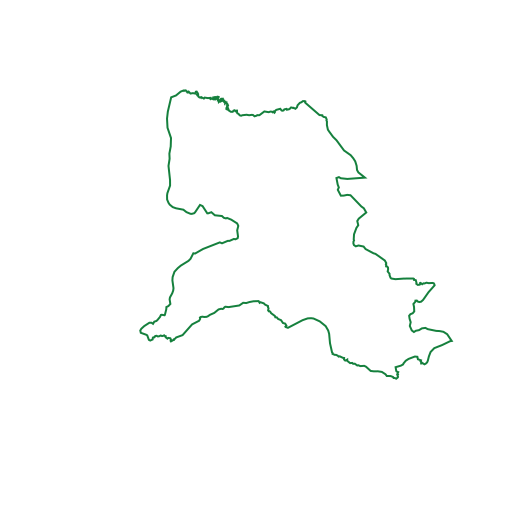 Xay, Oudômxai, Laos (Natural Earth projection), rotated 239°
{"feature_id": "54806243B51334446972135", "entity_name": "Xay", "entity_type": "district", "adm_level": 2, "iso_a3": "LAO", "parent_name": "Laos", "parent_adm1": "Oudômxai", "projection": "natural_earth1", "projection_center": [101.969, 20.735], "detail": "fine", "context": "isolated", "style": "outline", "palette": "green", "viewbox_px": 512, "rotation_deg": 239, "n_neighbors": 0, "source": "geoboundaries", "source_scale": "gbopen_adm2", "svg_char_len": 6118}
<svg xmlns="http://www.w3.org/2000/svg" viewBox="0 0 512 512"><g transform="rotate(239 256 256)"><path d="M267.1,389.7L274.9,386.8L277.7,386.9L281.5,388.7L286.0,389.8L289.7,389.7L293.6,389.1L301.1,385.8L313.8,384.6L318.5,383.4L325.1,382.8L327.3,382.7L331.7,384.2L334.8,386.1L335.9,386.2L336.6,386.9L338.9,387.2L340.3,385.7L341.8,385.0L342.5,385.3L344.1,383.0L361.9,377.2L362.7,377.3L363.1,377.9L363.6,377.6L364.6,376.0L364.4,374.1L364.7,372.5L363.8,369.3L362.3,367.6L361.9,365.6L363.7,364.5L363.7,364.0L364.9,363.1L365.3,362.3L364.8,361.1L364.8,359.6L365.4,358.6L365.4,357.9L366.4,357.9L367.1,355.8L366.6,354.6L366.8,353.7L367.5,352.9L369.7,352.6L370.8,348.7L370.5,346.8L369.5,346.2L369.3,345.6L370.8,345.3L370.6,344.3L371.6,343.9L372.4,342.6L372.7,341.0L375.6,337.6L375.0,332.0L375.0,331.3L376.1,329.6L376.0,328.7L376.5,326.7L378.3,326.1L379.1,325.2L380.2,322.6L381.9,320.7L383.7,316.8L383.9,315.5L385.0,314.5L386.9,314.2L387.9,313.5L388.7,313.6L390.4,314.6L390.9,313.7L390.7,312.9L392.0,312.6L392.2,311.6L391.6,310.3L392.6,308.7L394.6,307.7L396.4,308.0L395.9,307.2L396.4,306.9L397.0,307.3L396.9,306.5L397.3,306.3L398.2,307.0L398.4,307.4L397.9,307.6L398.2,308.2L399.4,308.4L399.1,309.1L399.4,309.6L401.4,309.8L401.7,309.0L402.2,308.8L403.0,309.6L403.3,309.0L403.1,308.4L404.0,309.0L404.3,308.2L405.2,308.6L405.4,307.8L406.0,307.6L406.4,307.9L406.5,306.9L407.3,308.4L407.9,308.6L408.7,307.2L408.7,306.6L408.2,306.4L407.4,307.1L407.6,306.4L406.9,305.9L407.3,305.2L407.3,304.5L408.3,305.1L408.6,304.7L407.3,304.0L407.2,303.5L408.4,304.1L408.9,303.4L409.9,304.1L410.4,303.7L411.0,304.1L411.2,305.6L411.6,305.9L412.5,304.9L412.4,303.9L413.3,302.9L413.9,301.1L413.5,301.0L413.0,301.7L411.6,302.2L411.2,302.2L411.1,301.8L411.9,300.7L412.9,300.4L412.6,299.9L413.8,299.2L413.8,297.9L414.5,297.7L415.1,298.2L416.1,296.1L418.2,293.6L417.8,292.4L420.2,291.0L419.9,290.4L420.6,290.2L421.0,289.2L422.5,288.7L423.9,289.4L424.1,288.5L424.8,288.5L425.5,289.9L427.5,289.8L427.8,289.0L426.6,287.5L428.1,285.8L429.0,283.5L431.3,283.0L430.9,282.4L431.4,281.5L432.3,281.7L432.6,281.2L434.1,281.1L434.6,280.4L434.6,279.3L435.2,279.1L435.7,276.1L434.8,270.1L435.7,265.0L425.2,254.8L419.6,250.5L411.5,246.2L400.9,243.9L393.8,239.3L388.4,234.5L383.8,232.0L378.3,227.4L365.3,221.4L360.6,218.6L355.5,212.4L353.8,211.0L350.2,208.9L346.7,208.4L344.5,208.5L340.8,209.8L338.1,212.0L333.1,217.6L329.4,219.0L326.0,221.5L325.2,222.6L324.5,225.1L324.9,226.4L328.6,234.3L326.3,235.9L317.7,236.2L317.2,237.0L316.5,240.3L312.1,241.7L307.8,247.4L305.3,248.1L303.7,249.6L303.5,250.8L299.9,253.5L293.7,256.6L292.2,256.5L290.9,256.3L287.7,253.1L281.9,250.6L280.7,249.4L280.9,247.0L282.0,245.8L282.6,241.1L283.5,239.6L284.4,233.4L286.3,232.0L289.3,214.2L289.5,205.0L290.6,203.7L287.3,198.4L286.6,195.6L286.5,186.7L285.9,182.8L284.5,178.0L280.9,173.7L278.2,171.8L270.9,168.7L269.0,167.2L267.2,165.0L264.8,160.9L263.3,159.6L259.0,157.9L258.2,155.1L258.4,152.9L256.6,151.7L252.5,147.6L252.3,147.1L254.2,144.9L254.4,144.1L253.2,142.3L251.9,138.6L251.6,137.2L252.1,135.0L250.9,132.8L252.6,132.1L253.7,130.3L253.5,124.1L252.7,120.2L251.7,118.4L249.5,117.7L245.1,121.3L244.0,121.9L239.3,121.0L238.0,121.8L237.7,124.4L239.0,125.4L239.2,126.0L238.6,127.0L239.3,128.4L238.8,129.7L237.6,130.4L237.1,131.6L236.9,133.4L235.8,134.2L235.4,135.2L235.3,136.4L234.6,136.5L233.7,137.3L232.9,136.7L230.8,137.5L231.0,138.6L229.6,140.2L227.8,140.0L227.3,139.1L226.6,139.1L226.5,140.2L226.8,140.8L226.3,142.3L226.9,142.7L226.8,144.1L227.3,145.6L226.0,152.3L230.3,166.0L229.8,173.9L230.9,175.8L232.1,176.2L232.2,177.1L231.6,178.8L230.4,180.2L229.3,182.3L229.1,183.8L229.3,186.2L228.7,190.9L229.5,196.4L228.7,199.0L227.8,200.0L227.7,201.0L228.3,202.6L228.3,203.6L226.3,206.2L222.2,216.2L222.5,220.9L220.7,223.4L219.9,226.7L218.5,230.5L216.0,235.0L214.0,235.0L214.1,236.0L211.4,238.3L209.7,238.7L206.9,240.5L205.9,239.9L204.7,239.8L203.2,238.4L202.0,238.5L201.7,239.2L200.7,239.5L199.2,239.5L194.9,241.3L193.5,241.0L192.7,242.2L190.7,242.5L188.1,244.4L184.7,244.6L183.0,246.2L180.7,246.2L180.3,244.8L179.9,244.8L178.0,246.4L177.0,262.9L175.9,268.2L174.3,271.2L172.8,273.1L167.1,277.0L160.0,279.6L154.9,279.5L151.6,278.6L143.1,274.5L134.1,271.5L133.2,271.7L132.6,271.2L130.7,272.6L130.0,273.7L128.5,274.7L127.2,275.0L126.9,276.1L124.0,278.0L123.2,279.0L122.0,278.2L120.6,278.5L120.2,279.0L120.2,280.8L119.2,280.2L115.7,281.5L114.8,283.4L113.6,283.7L112.8,285.2L110.0,286.4L109.7,287.4L107.9,288.7L106.1,292.2L104.4,293.3L98.4,295.1L96.3,297.8L94.4,301.1L91.8,304.2L87.9,306.1L85.8,306.3L83.8,309.5L81.8,311.1L80.6,311.1L80.2,311.9L78.6,313.0L78.9,315.0L79.3,315.5L80.6,315.7L81.2,316.6L81.9,316.2L83.2,318.1L84.5,317.1L85.2,317.0L88.8,318.4L87.4,323.7L87.3,326.3L87.9,327.0L89.1,330.4L89.2,333.8L88.0,340.4L86.5,342.4L84.1,341.6L81.6,343.7L80.9,342.8L80.3,343.1L78.8,342.2L78.5,342.7L78.6,343.5L76.4,344.6L76.3,346.1L76.7,347.9L77.8,349.4L80.9,352.5L83.8,356.2L85.2,361.4L83.8,369.7L83.0,378.5L82.4,380.0L90.5,379.6L94.5,377.6L97.1,374.7L99.0,371.9L104.9,365.5L107.1,364.2L108.5,361.0L108.5,357.5L109.6,354.5L109.5,352.2L112.0,351.2L116.8,351.8L119.6,354.5L123.0,355.3L125.9,356.5L126.6,358.4L126.2,360.8L127.0,363.1L130.9,365.2L133.8,366.2L134.8,369.2L135.6,369.7L135.0,370.9L133.6,371.2L132.4,372.3L131.8,374.0L132.3,376.6L136.1,385.2L138.9,394.0L139.9,394.3L141.1,394.3L142.0,393.4L143.8,390.0L145.3,388.4L145.7,386.2L146.3,385.5L146.2,383.9L148.2,383.2L148.3,382.7L147.3,382.2L147.1,381.6L147.9,379.8L149.6,379.1L150.5,379.8L153.0,380.5L154.2,379.1L155.1,379.6L155.7,379.2L160.5,371.1L164.3,363.6L167.0,360.4L168.1,360.1L170.8,360.6L172.0,361.3L174.9,360.9L176.7,362.5L178.2,363.2L179.4,363.0L180.1,362.2L181.7,363.2L182.1,363.1L182.8,364.0L185.8,364.1L196.3,359.5L197.8,358.1L205.5,353.5L208.7,353.1L212.2,349.3L212.9,346.5L214.9,345.6L216.5,345.9L218.1,346.9L218.9,348.1L219.9,348.3L224.1,351.2L228.4,356.6L229.7,359.5L233.8,360.8L235.1,363.3L236.5,372.9L241.4,373.0L244.2,371.8L259.4,368.3L261.4,365.7L262.6,362.3L264.0,359.8L270.6,360.2L272.1,362.3L275.1,362.8L281.4,365.1L280.9,367.7L279.0,368.7L275.0,374.0L267.1,389.7Z" fill="none" stroke="#15803d" stroke-width="2"/></g></svg>